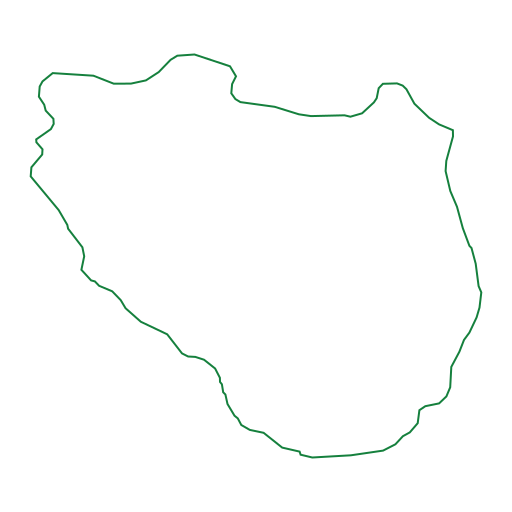 the district of San Diego, Zacapa, Guatemala
{"feature_id": "79465075B11427655280903", "entity_name": "San Diego", "entity_type": "district", "adm_level": 2, "iso_a3": "GTM", "parent_name": "Guatemala", "parent_adm1": "Zacapa", "projection": "albers", "projection_center": [-89.764, 14.795], "detail": "fine", "context": "isolated", "style": "outline", "palette": "green", "viewbox_px": 512, "rotation_deg": 0, "n_neighbors": 0, "source": "geoboundaries", "source_scale": "gbopen_adm2", "svg_char_len": 1385}
<svg xmlns="http://www.w3.org/2000/svg" viewBox="0 0 512 512"><path d="M52.7,73.1L42.5,81.4L39.7,86.5L38.9,96.7L44.2,104.7L45.7,110.6L53.4,118.8L53.7,123.9L50.9,129.1L36.2,139.4L36.4,142.3L42.5,149.3L42.2,154.5L31.4,167.3L30.7,176.4L58.7,210.1L67.3,224.9L68.1,228.7L82.4,247.3L84.2,256.3L81.4,269.8L91.1,280.4L94.9,281.4L99.1,285.8L112.2,291.3L120.7,300.1L125.6,308.3L140.9,321.8L167.2,334.3L182.0,353.4L188.1,356.5L195.3,356.9L204.0,359.7L215.1,368.5L219.9,377.8L220.0,381.9L221.9,384.3L223.2,392.3L225.4,394.5L227.5,404.0L234.5,415.7L237.8,418.4L241.3,425.0L249.8,429.9L263.6,432.8L282.2,447.6L299.6,451.6L300.6,454.7L312.3,457.5L350.9,455.3L383.1,450.6L395.4,444.3L402.9,436.2L409.8,432.4L417.7,423.2L419.4,410.2L425.3,406.2L439.1,403.4L446.4,396.4L450.2,387.3L451.3,366.9L459.4,351.7L464.0,339.9L469.4,332.6L476.6,317.4L479.5,307.6L481.3,292.4L478.6,286.1L475.7,263.7L471.5,248.0L469.4,245.8L462.8,228.1L457.0,206.8L450.3,191.0L445.6,171.1L446.3,160.9L453.0,136.4L452.9,130.2L439.1,124.4L429.1,117.8L414.4,103.7L406.4,89.2L402.7,85.6L397.0,83.4L382.9,83.8L378.7,88.2L376.7,98.2L373.9,102.4L362.1,113.3L350.4,116.7L344.5,115.3L311.0,116.1L298.9,114.3L274.7,106.8L240.4,102.1L235.4,99.1L231.3,93.3L232.1,84.1L236.0,76.3L230.0,66.3L194.5,54.5L177.3,55.7L170.6,59.8L158.7,72.1L145.9,80.4L131.0,83.6L113.8,83.7L93.4,75.7L52.7,73.1Z" fill="none" stroke="#15803d" stroke-width="2"/></svg>